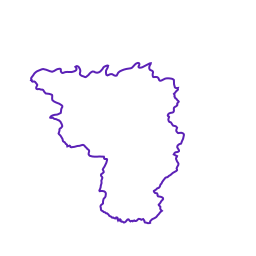 Santa Fé de Minas, Minas Gerais, Brazil, rotated 241°
{"feature_id": "56859067B85446115139738", "entity_name": "Santa Fé de Minas", "entity_type": "district", "adm_level": 2, "iso_a3": "BRA", "parent_name": "Brazil", "parent_adm1": "Minas Gerais", "projection": "equal_earth", "projection_center": [-45.545, -16.733], "detail": "fine", "context": "isolated", "style": "outline", "palette": "violet", "viewbox_px": 256, "rotation_deg": 241, "n_neighbors": 0, "source": "geoboundaries", "source_scale": "gbopen_adm2", "svg_char_len": 5752}
<svg xmlns="http://www.w3.org/2000/svg" viewBox="0 0 256 256"><g transform="rotate(241 128 128)"><path d="M39.1,117.5L40.2,117.1L41.3,117.0L42.2,117.3L43.4,118.1L44.4,117.9L45.4,117.5L46.1,117.7L46.5,119.2L47.1,120.4L47.7,121.3L48.1,122.2L48.4,123.4L48.9,124.3L49.8,124.6L50.5,124.4L51.6,123.6L52.3,122.9L53.2,121.7L53.8,121.1L54.7,121.1L55.4,121.6L56.0,121.7L56.8,121.7L58.0,120.2L59.8,119.8L60.4,120.1L60.6,123.1L61.0,124.0L61.0,124.8L60.7,125.7L61.0,126.8L61.6,127.8L62.4,128.5L62.9,129.2L63.1,130.2L64.3,131.9L65.5,134.5L65.9,135.6L66.3,136.4L66.3,137.5L65.9,138.5L66.0,139.6L66.3,140.4L66.3,142.4L66.8,144.5L67.0,145.6L67.0,149.5L67.4,150.5L68.2,150.8L69.1,150.9L70.1,152.1L71.3,154.1L72.3,154.8L73.3,154.9L74.8,154.7L77.7,155.0L78.3,155.4L78.7,155.9L79.0,156.6L79.6,157.3L80.9,156.3L81.7,155.9L82.7,155.2L83.4,156.3L83.7,157.3L83.6,158.2L83.1,159.4L82.9,160.4L83.1,161.4L83.8,161.8L87.2,161.7L87.9,162.1L88.6,162.9L88.8,163.7L89.0,164.9L88.9,165.7L88.6,166.7L89.2,167.6L90.0,168.4L91.9,171.0L94.6,173.4L95.4,173.8L96.4,173.6L97.3,173.0L97.9,172.4L98.6,171.0L99.0,169.8L99.5,169.2L101.1,168.8L102.0,168.8L102.8,169.2L104.5,171.1L105.9,170.8L106.5,170.5L108.2,168.6L109.4,168.4L111.9,168.3L112.6,167.9L113.1,167.2L114.1,167.0L114.9,167.1L115.9,167.4L116.6,168.0L117.7,169.3L118.3,169.3L118.9,168.8L119.8,168.9L120.5,169.8L120.8,171.0L120.7,172.2L120.0,174.2L119.9,175.2L120.2,175.9L120.8,176.5L122.6,177.4L123.3,177.9L123.7,178.9L123.7,180.9L123.9,181.7L124.3,182.4L125.2,182.6L125.8,183.3L126.0,184.1L126.4,185.1L127.3,185.1L128.1,184.7L130.3,184.4L131.1,183.8L132.2,184.0L132.9,183.8L134.2,184.7L135.6,184.7L136.1,186.6L136.6,187.4L136.9,188.4L137.0,189.4L137.4,190.3L138.2,190.5L138.8,191.1L139.2,189.9L140.0,189.1L140.8,188.7L144.0,189.5L147.7,191.4L148.4,191.2L149.3,190.7L150.0,190.0L151.3,188.3L152.4,186.5L152.9,185.3L153.2,184.1L153.3,180.9L153.5,179.5L154.1,178.7L155.0,178.5L156.7,178.8L158.0,178.4L158.5,178.0L159.2,177.0L160.1,175.1L160.7,174.7L162.1,175.1L163.2,175.7L164.4,176.8L165.2,177.1L166.1,177.0L168.3,175.4L169.3,175.4L170.1,175.6L171.2,176.3L172.4,177.7L173.0,178.8L173.6,179.3L173.9,178.6L174.0,177.8L174.2,170.1L174.4,169.1L174.8,168.0L175.3,167.1L176.1,166.8L176.7,167.0L177.7,168.4L178.4,169.0L179.4,169.0L180.1,168.3L180.3,167.4L180.4,166.2L180.2,165.1L179.0,161.4L178.8,160.6L178.9,159.4L180.4,155.3L181.0,153.0L181.3,151.1L181.5,148.6L181.4,147.6L181.1,146.2L179.4,143.6L179.6,142.7L180.1,142.0L180.8,141.4L182.3,140.5L182.9,140.1L183.4,139.2L183.7,138.3L183.8,136.8L184.0,135.5L184.9,134.9L185.7,135.0L187.4,135.7L188.2,136.2L188.9,136.7L190.7,139.5L192.1,140.8L192.7,140.2L193.0,138.6L193.1,136.9L192.9,135.9L192.0,134.4L191.2,132.2L190.9,131.2L190.8,129.9L191.1,128.3L191.6,127.4L192.1,126.8L192.7,126.2L193.5,125.8L194.0,125.2L194.5,124.6L194.7,123.4L194.5,121.9L194.1,120.4L193.6,119.5L193.0,116.3L193.1,115.5L193.8,114.7L194.5,114.3L196.1,112.8L197.3,112.2L198.1,112.0L199.0,112.3L200.5,113.6L201.3,114.1L202.7,114.5L204.9,114.5L205.7,114.3L206.6,113.7L207.1,112.9L207.0,111.6L205.0,111.8L204.3,111.4L203.8,110.8L203.6,109.9L203.6,108.8L204.0,106.8L204.4,105.6L206.5,102.0L207.0,101.0L207.4,99.8L207.6,98.2L208.0,97.2L208.6,96.9L209.3,96.7L210.3,96.8L211.9,97.7L212.6,97.4L213.1,96.7L213.7,94.8L213.8,93.7L213.7,90.8L214.0,88.9L215.8,87.0L217.2,85.9L218.7,84.6L220.7,82.4L221.1,81.2L221.3,79.8L221.7,76.0L221.6,74.8L221.4,73.8L221.1,72.6L220.0,70.5L219.0,68.2L218.5,67.4L217.5,67.1L216.9,66.4L216.4,67.0L215.5,66.6L214.7,67.1L214.3,68.4L213.3,69.1L210.7,69.5L209.9,69.6L209.4,69.3L208.1,67.5L207.4,67.0L206.5,67.0L205.8,67.7L205.2,69.2L203.8,70.5L203.0,71.8L202.4,72.2L201.4,72.3L200.3,72.3L198.1,72.8L196.0,75.7L194.4,77.2L193.7,77.6L192.8,77.3L190.7,76.0L189.5,75.5L188.9,75.4L187.0,76.2L185.0,77.6L182.6,79.6L180.1,81.0L179.2,81.2L178.3,80.8L177.6,79.7L176.9,78.8L174.4,77.0L173.8,76.5L173.9,73.8L174.1,72.5L175.1,70.2L175.6,68.0L175.6,66.6L175.3,65.6L174.8,65.0L174.2,65.5L173.4,67.2L171.8,67.9L171.2,68.6L170.6,69.4L168.9,70.6L168.3,71.3L167.5,71.4L166.7,71.9L166.0,72.0L165.2,71.8L164.5,72.0L162.4,71.7L161.5,71.4L161.0,70.7L160.5,69.2L160.5,68.1L160.1,67.4L159.2,67.0L158.3,66.2L156.8,64.6L155.9,64.7L155.0,65.0L153.7,65.3L150.1,65.4L148.6,64.9L147.8,64.8L146.0,65.8L144.2,65.9L143.7,66.3L142.9,66.5L141.3,66.0L140.9,68.4L140.1,68.7L139.2,68.5L138.5,69.3L138.2,70.3L137.9,71.0L137.5,72.0L136.8,75.0L135.9,77.0L135.5,79.1L135.1,80.4L134.4,81.0L133.7,81.3L132.1,81.6L130.3,82.2L129.6,82.2L128.2,82.9L127.5,83.0L126.8,82.9L126.2,82.5L124.9,81.3L124.0,80.8L122.8,80.9L122.1,81.2L120.4,83.0L119.3,84.6L117.6,87.7L117.1,88.9L114.6,93.0L113.6,92.7L112.9,92.3L112.2,92.6L111.2,94.4L110.3,94.3L108.1,92.2L105.7,88.8L104.6,86.7L103.9,85.8L102.1,85.7L101.2,85.4L100.8,84.3L100.5,82.0L99.9,81.5L98.6,81.3L97.7,81.6L97.0,81.5L96.4,81.0L94.9,79.2L92.7,78.2L90.6,76.1L89.6,75.5L88.2,74.0L87.3,72.7L86.5,72.6L85.6,74.7L84.3,76.3L83.5,76.8L82.7,77.0L81.9,77.0L81.1,76.7L79.1,75.2L78.5,74.3L77.9,72.4L77.2,71.7L76.1,70.7L74.1,69.5L73.7,67.2L73.2,66.3L72.4,65.7L71.5,65.6L70.0,64.9L69.3,64.7L68.5,64.9L67.7,65.6L66.3,66.0L65.7,66.7L65.1,67.2L64.5,67.3L63.9,67.6L63.5,68.3L61.7,69.0L60.4,69.0L59.7,69.4L58.9,70.1L57.2,70.7L57.0,71.5L55.6,72.4L55.0,73.2L55.5,74.4L54.8,75.2L54.1,75.2L53.3,74.6L52.1,74.5L52.6,75.3L51.9,76.9L51.3,77.0L51.0,75.9L49.9,76.7L49.3,76.8L48.8,77.8L47.3,78.6L47.1,79.5L47.2,80.5L48.2,83.2L47.8,84.2L46.0,84.5L45.1,84.9L45.1,85.8L44.8,86.6L44.1,86.9L44.2,88.0L44.0,88.8L43.3,89.0L42.8,89.9L42.8,91.1L43.1,91.8L43.3,92.6L43.3,93.4L42.2,94.7L41.3,95.1L41.0,97.1L39.1,97.4L38.2,97.0L37.2,97.0L36.0,98.5L35.3,99.0L34.6,100.2L34.3,101.4L35.3,101.8L35.8,102.5L36.5,104.9L36.3,107.4L36.4,109.5L36.8,110.6L37.3,111.6L37.6,112.8L38.8,115.6L39.1,117.5Z" fill="none" stroke="#5b21b6" stroke-width="2"/></g></svg>